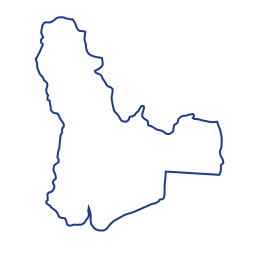 the district of Song, Sarawak, Malaysia, rotated 95°
{"feature_id": "92858781B41369964486545", "entity_name": "Song", "entity_type": "district", "adm_level": 2, "iso_a3": "MYS", "parent_name": "Malaysia", "parent_adm1": "Sarawak", "projection": "natural_earth1", "projection_center": [112.482, 1.826], "detail": "fine", "context": "isolated", "style": "outline", "palette": "blue", "viewbox_px": 256, "rotation_deg": 95, "n_neighbors": 0, "source": "geoboundaries", "source_scale": "gbopen_adm2", "svg_char_len": 3746}
<svg xmlns="http://www.w3.org/2000/svg" viewBox="0 0 256 256"><g transform="rotate(95 128 128)"><path d="M66.4,225.4L67.1,226.0L70.0,224.8L71.6,224.3L73.5,224.0L75.4,223.6L77.7,222.8L79.3,221.9L81.5,220.8L83.4,219.0L84.8,217.3L87.8,215.7L88.7,214.3L90.5,212.3L93.1,212.0L96.5,212.8L98.9,212.5L100.6,211.9L102.4,210.4L104.2,210.8L106.7,210.7L107.7,208.4L109.6,208.1L111.5,207.6L113.2,206.9L116.3,206.6L117.5,205.8L118.9,204.3L119.6,202.3L119.7,199.4L121.7,197.9L123.0,197.3L124.9,196.2L126.3,195.0L128.0,193.5L129.7,192.4L132.1,192.1L133.8,193.2L135.7,193.6L137.5,193.3L138.8,193.5L141.5,194.6L143.1,194.6L154.1,194.7L157.8,195.5L163.3,195.8L165.3,194.4L167.8,194.1L169.2,195.5L171.2,197.9L172.6,198.4L175.7,198.7L177.6,198.2L179.9,196.7L182.5,195.8L184.7,195.5L186.8,197.6L189.2,198.1L191.0,196.8L193.0,196.1L195.2,196.7L196.7,197.4L198.6,199.3L199.0,201.1L201.1,202.6L204.1,202.0L206.9,201.7L208.1,202.9L210.0,202.8L211.4,200.6L212.3,198.7L213.9,197.6L214.5,196.4L215.4,195.0L216.7,193.0L217.9,191.8L219.6,190.5L220.6,189.9L221.9,189.2L222.2,189.0L222.8,188.6L223.3,186.4L223.4,183.0L224.9,182.0L227.2,181.0L229.2,180.4L230.3,178.6L230.3,176.6L229.0,173.5L228.8,170.0L228.3,166.0L226.9,163.9L224.4,162.2L222.9,161.5L220.4,159.9L218.2,159.3L216.0,159.8L213.6,160.4L210.8,160.2L212.9,159.2L215.2,158.4L217.5,157.7L219.8,157.4L221.9,157.4L223.3,157.2L224.9,156.9L226.9,156.2L228.0,155.4L231.2,152.5L232.5,148.7L232.5,146.1L232.1,143.2L230.5,140.7L227.8,138.8L225.4,137.2L222.5,134.7L219.4,130.5L217.3,127.3L214.9,123.8L211.0,114.6L202.4,99.1L201.3,96.8L200.9,94.8L198.6,91.2L196.6,90.2L195.9,87.5L195.1,86.5L193.3,85.9L189.4,85.9L185.6,86.2L181.4,86.5L178.5,86.5L176.1,86.4L168.1,86.5L166.7,32.9L163.0,31.9L161.4,31.9L159.3,32.0L157.4,32.2L156.4,31.8L154.5,30.0L151.9,30.6L150.0,31.5L148.3,32.9L146.1,33.8L144.0,34.4L141.6,34.0L138.5,33.2L133.4,33.5L129.9,33.8L127.2,34.4L122.5,35.8L117.3,38.3L114.0,39.7L114.3,41.3L114.8,44.0L114.8,46.9L114.2,52.5L113.8,55.2L113.2,58.3L113.1,61.2L113.2,62.7L112.5,64.3L111.3,63.7L110.0,63.2L108.4,64.4L109.0,66.9L109.3,68.5L110.2,70.0L110.7,71.3L110.9,73.7L112.2,76.4L113.9,77.8L114.7,78.5L115.6,78.7L116.7,78.9L116.9,78.9L118.3,79.0L119.7,80.5L120.6,82.0L122.1,82.4L125.2,82.6L127.5,82.7L129.9,85.3L130.5,87.4L130.4,89.4L129.4,91.1L128.4,92.7L127.6,94.7L127.3,97.8L126.9,99.5L126.1,101.2L124.9,103.2L124.2,105.1L123.4,108.1L122.4,108.5L120.3,108.7L119.1,109.2L117.8,111.8L117.1,113.0L115.8,114.4L114.8,115.0L112.3,114.9L110.0,114.4L108.3,114.1L106.4,113.8L104.9,114.3L104.7,115.7L105.8,117.0L108.5,118.4L110.3,119.2L112.7,121.5L114.3,122.2L115.9,124.4L116.0,125.4L116.7,127.1L117.8,127.7L119.4,127.8L120.6,128.8L121.6,129.8L122.0,131.4L121.8,133.1L121.4,134.7L120.6,135.7L119.2,136.8L118.4,137.3L117.8,137.7L116.5,138.7L115.2,140.1L113.5,141.9L112.0,143.3L110.4,144.0L108.4,144.6L106.8,145.1L104.7,145.7L103.1,146.1L100.9,146.8L97.8,147.0L95.6,146.7L93.8,146.6L91.9,146.6L90.5,146.8L89.0,148.7L88.6,150.6L87.7,152.2L86.8,153.3L85.7,154.0L84.4,154.8L82.7,156.2L80.7,157.7L78.6,158.8L77.3,160.1L76.8,161.6L76.1,164.0L75.1,165.5L73.8,165.8L72.4,163.5L71.4,161.9L70.1,160.7L69.5,159.9L68.3,159.2L66.8,158.7L65.2,158.9L60.6,160.0L60.4,161.3L60.1,165.1L59.7,168.1L58.8,171.2L57.8,173.2L55.9,175.0L54.0,176.0L51.5,176.8L48.3,177.3L45.0,178.6L43.1,179.2L39.9,179.1L36.0,178.8L35.5,180.7L35.5,184.7L34.4,186.4L32.7,187.6L30.5,188.8L28.4,189.7L24.6,192.6L24.8,194.7L24.4,197.0L24.2,199.3L23.5,201.5L23.5,204.0L23.9,206.9L25.1,209.1L27.4,211.4L29.5,214.3L29.8,216.9L29.9,219.0L30.6,220.7L33.3,222.2L36.4,222.5L38.5,222.8L40.6,222.8L42.5,221.9L45.2,220.4L46.6,221.7L47.9,222.3L50.7,221.9L51.5,220.5L52.6,220.1L55.0,221.0L60.0,222.6L62.4,223.7L64.2,224.3L66.4,225.4Z" fill="none" stroke="#1e3a8a" stroke-width="2"/></g></svg>